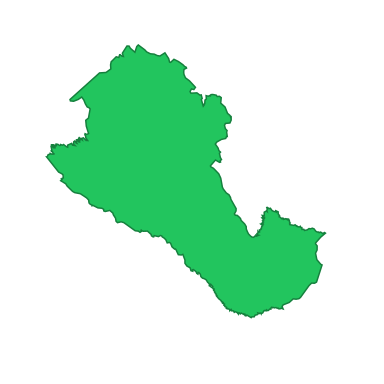 the district of Shabunda, Sud-Kivu, Democratic Republic of the Congo, rotated 316°
{"feature_id": "63176286B28648737127916", "entity_name": "Shabunda", "entity_type": "district", "adm_level": 2, "iso_a3": "COD", "parent_name": "Democratic Republic of the Congo", "parent_adm1": "Sud-Kivu", "projection": "equal_earth", "projection_center": [27.534, -3.007], "detail": "fine", "context": "isolated", "style": "filled", "palette": "green", "viewbox_px": 384, "rotation_deg": 316, "n_neighbors": 0, "source": "geoboundaries", "source_scale": "gbopen_adm2", "svg_char_len": 6047}
<svg xmlns="http://www.w3.org/2000/svg" viewBox="0 0 384 384"><g transform="rotate(316 192 192)"><path d="M259.4,314.3L259.2,313.2L257.3,312.7L256.7,310.2L255.2,309.6L255.3,308.8L254.3,307.8L253.8,306.2L254.2,303.3L253.4,301.6L251.6,300.8L250.8,299.6L248.6,299.3L246.2,297.8L246.5,296.5L245.1,295.3L246.3,293.9L245.7,293.2L246.0,291.9L245.3,292.0L244.0,290.6L243.9,289.1L243.4,289.1L243.4,287.2L242.1,286.8L239.7,283.5L240.0,282.7L241.1,282.5L241.0,281.9L242.2,280.1L241.9,280.1L242.1,278.6L242.5,278.4L241.5,277.2L241.2,277.6L240.9,276.3L239.6,275.8L239.5,274.7L238.7,274.9L238.9,273.7L238.0,273.5L238.0,271.6L237.5,270.4L238.6,269.8L238.7,267.8L240.2,266.1L239.5,264.3L238.9,264.8L238.9,264.0L238.5,264.4L237.3,262.7L236.7,261.0L237.1,258.1L235.9,257.5L235.5,255.4L235.0,255.1L234.2,256.7L233.1,257.1L232.5,258.2L232.4,257.3L229.9,256.7L227.5,259.2L226.3,257.7L226.1,258.9L225.5,259.0L226.0,260.1L225.4,260.2L226.4,260.8L225.7,261.4L224.9,261.3L224.3,260.0L224.0,262.0L222.7,261.7L222.6,263.2L221.4,262.9L221.1,264.2L220.1,263.2L219.9,264.2L219.3,263.5L219.4,264.4L220.0,264.9L219.0,265.4L218.1,265.3L216.7,266.4L216.5,265.5L216.3,266.5L215.2,266.8L214.1,266.1L212.8,267.7L212.0,267.1L212.1,266.2L211.1,267.3L209.9,267.0L209.3,268.3L209.9,269.4L208.4,268.8L208.8,267.9L208.2,267.3L207.4,268.2L206.8,267.4L204.9,267.4L203.9,266.2L203.5,264.4L203.5,261.5L204.2,259.2L205.3,256.4L207.0,254.5L207.7,251.5L207.6,246.6L208.5,244.7L208.5,242.4L208.3,240.2L207.0,238.8L207.3,237.2L210.5,236.2L212.2,234.6L214.9,224.2L215.9,222.7L216.7,219.7L216.0,216.5L216.6,211.4L217.3,209.5L222.3,202.0L223.9,197.4L223.9,189.8L223.0,186.8L223.4,186.0L231.1,185.3L232.4,189.8L233.3,190.3L234.1,189.0L235.7,189.2L236.4,186.8L238.6,183.2L240.2,183.1L240.1,180.9L241.3,178.5L242.1,173.7L244.7,173.3L249.7,174.6L253.4,176.9L255.4,176.1L255.9,176.6L258.5,173.0L259.9,172.2L260.0,169.6L261.7,166.6L263.7,165.9L267.2,168.7L270.1,167.5L272.1,165.4L271.6,165.4L272.5,163.5L272.2,160.1L274.8,153.8L274.4,148.0L278.6,144.4L278.2,142.2L276.4,140.8L276.7,139.2L274.7,136.3L273.4,135.2L272.2,135.1L271.8,136.2L271.7,134.9L270.2,134.4L269.1,132.5L267.0,135.0L265.2,134.9L262.4,137.4L261.4,137.1L261.0,137.9L259.7,138.1L263.0,131.9L264.3,131.8L266.1,128.5L265.0,127.8L264.4,124.1L259.9,120.2L260.3,118.4L263.2,117.5L264.5,119.6L267.2,119.1L267.4,110.3L266.6,105.3L267.9,101.8L269.3,100.0L271.4,98.2L274.1,99.1L274.5,98.3L273.9,96.6L273.9,94.2L272.9,88.8L271.2,84.0L266.6,83.9L266.1,83.0L267.9,79.8L269.2,73.1L263.4,71.9L261.8,69.8L260.6,66.6L258.1,63.7L256.7,59.7L256.8,57.0L255.5,48.9L253.3,49.0L248.0,51.8L247.5,45.8L248.1,43.3L246.6,41.8L238.3,43.8L236.8,46.9L236.0,45.8L235.7,43.3L235.3,43.0L232.8,44.4L231.4,42.1L224.3,42.2L221.7,44.0L219.1,47.1L213.2,46.3L208.2,42.1L168.5,40.7L167.8,42.0L169.9,44.5L174.5,46.4L178.6,47.1L178.1,50.7L176.5,54.6L175.7,58.0L176.5,60.0L176.4,61.5L168.9,66.9L165.4,66.6L161.7,71.2L158.2,78.1L156.3,77.5L155.6,75.8L154.7,76.4L154.3,77.9L153.3,79.1L152.7,82.5L151.6,81.3L151.5,77.6L149.9,76.8L149.2,78.2L148.8,75.4L147.8,76.9L147.2,76.8L147.1,76.0L148.2,75.1L148.1,74.6L146.6,75.2L146.3,77.6L145.9,78.0L145.3,77.1L145.8,74.7L145.3,74.3L144.8,75.5L143.5,75.2L143.0,77.0L142.7,76.4L143.3,73.9L141.9,73.7L140.0,75.3L140.1,77.3L138.6,75.4L139.2,73.4L135.1,71.9L133.7,73.4L133.1,72.1L132.6,68.6L131.2,68.3L130.5,66.6L129.6,67.0L129.0,66.5L128.6,64.4L127.6,63.5L127.5,62.5L126.8,64.4L126.2,64.4L125.1,61.7L123.8,60.5L123.5,61.1L124.6,64.7L124.1,65.1L123.2,64.2L122.9,62.1L122.3,61.3L120.3,64.5L119.5,64.4L119.1,65.2L119.7,66.1L118.9,67.7L119.5,69.2L117.4,67.4L116.8,65.6L116.0,66.1L114.5,65.2L112.3,66.1L111.8,65.7L109.9,85.0L111.1,88.7L111.1,90.1L109.2,92.5L108.2,92.0L107.5,92.6L107.1,91.9L106.5,92.8L105.4,92.7L106.9,98.4L106.3,101.0L106.5,108.6L107.2,111.0L110.5,115.7L112.1,122.9L112.1,125.9L110.3,128.4L110.3,130.2L110.9,131.7L110.5,132.5L111.4,132.7L113.3,138.1L115.9,141.1L116.4,143.1L115.4,144.3L116.0,145.7L120.1,148.2L120.4,152.3L119.6,153.7L118.8,157.7L117.0,160.4L117.1,162.3L120.3,164.2L121.7,166.7L124.2,180.4L126.2,182.9L126.6,184.9L128.2,185.2L129.1,183.5L129.0,185.0L129.6,186.3L132.8,189.2L133.1,194.2L132.4,195.3L132.8,197.2L133.3,197.7L134.5,197.1L136.9,200.8L139.0,201.3L139.7,202.5L139.4,203.6L139.9,205.5L140.0,208.2L138.8,211.4L140.7,212.6L141.0,214.0L139.5,217.6L139.8,221.0L140.5,221.5L140.5,222.1L138.6,227.6L140.6,229.9L142.1,230.5L139.7,236.0L137.4,238.4L136.9,241.8L138.0,245.2L136.6,247.9L137.5,249.5L138.4,248.3L139.1,248.7L139.6,252.0L138.9,253.8L139.2,255.2L140.6,254.1L141.0,254.6L140.8,257.0L139.6,259.1L139.7,261.2L140.7,263.1L141.2,265.3L140.6,267.4L140.6,270.3L139.3,271.4L139.7,272.5L140.1,271.4L141.4,271.3L141.3,274.3L139.8,274.2L140.5,276.5L140.0,276.5L140.2,277.4L139.3,277.7L139.3,279.3L138.7,279.6L138.6,281.1L138.2,281.4L138.5,282.4L137.8,282.9L137.9,283.9L137.4,283.9L137.1,287.4L137.5,290.2L137.0,291.4L137.5,292.1L136.7,293.1L136.9,293.8L137.5,293.7L137.0,295.0L137.3,295.3L136.3,295.7L136.6,296.4L136.1,297.3L136.7,298.8L135.9,299.5L136.5,300.2L136.2,300.6L137.0,301.3L137.4,302.9L137.1,303.2L137.7,303.1L137.7,304.3L138.5,304.0L138.2,305.2L139.3,306.4L138.8,307.9L139.9,308.1L140.7,309.8L140.6,311.0L141.0,310.9L140.8,311.8L141.4,311.3L142.2,311.9L142.0,313.2L143.3,313.3L144.1,315.8L144.7,315.7L144.9,317.0L144.5,316.8L144.4,317.6L144.8,317.4L144.6,317.9L145.2,318.8L146.0,318.7L147.3,323.5L148.2,323.3L150.1,325.0L151.7,324.4L154.0,325.7L155.2,325.5L155.4,324.9L156.1,326.3L156.9,326.3L157.4,327.0L157.1,327.8L157.8,327.5L158.7,328.1L161.4,327.4L162.7,328.8L162.8,328.4L163.4,329.1L163.8,328.8L163.9,329.6L164.7,330.3L166.5,330.2L167.2,330.9L167.4,330.4L169.2,330.3L169.1,331.0L170.1,331.2L170.7,332.5L172.2,333.5L172.5,334.7L173.3,335.3L173.1,336.0L174.1,337.2L175.3,337.5L176.3,339.4L177.2,337.0L179.2,336.5L185.2,339.0L190.6,339.2L192.4,341.4L194.8,343.0L196.8,343.2L211.2,340.6L214.7,340.6L216.9,342.8L219.0,343.3L234.9,334.8L234.4,333.5L234.8,327.4L238.4,321.8L241.7,320.6L244.6,317.7L244.9,315.1L245.5,314.5L253.3,313.9L259.4,314.3Z" fill="#22c55e" stroke="#15803d" stroke-width="1.5"/></g></svg>